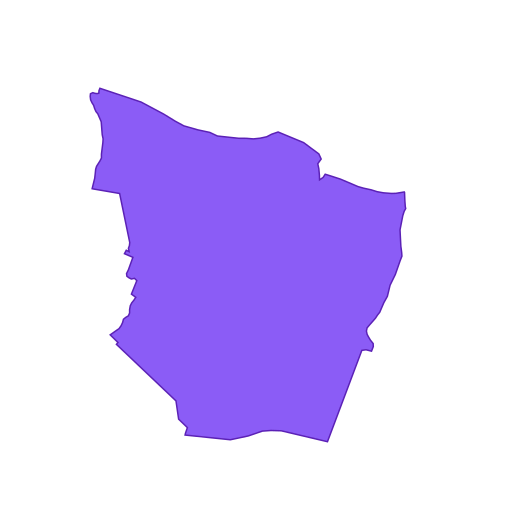 Batu Pahat, Johor, Malaysia (Mercator projection), rotated 168°
{"feature_id": "92858781B37388362285714", "entity_name": "Batu Pahat", "entity_type": "district", "adm_level": 2, "iso_a3": "MYS", "parent_name": "Malaysia", "parent_adm1": "Johor", "projection": "mercator", "projection_center": [103.04, 1.914], "detail": "fine", "context": "isolated", "style": "filled", "palette": "violet", "viewbox_px": 512, "rotation_deg": 168, "n_neighbors": 0, "source": "geoboundaries", "source_scale": "gbopen_adm2", "svg_char_len": 1824}
<svg xmlns="http://www.w3.org/2000/svg" viewBox="0 0 512 512"><g transform="rotate(168 256 256)"><path d="M224.7,59.5L172.1,141.7L167.9,141.4L162.8,138.9L160.1,143.0L159.6,146.0L161.6,150.0L162.8,153.5L163.6,156.3L163.6,159.6L162.3,162.6L159.1,165.1L155.3,167.9L152.0,170.4L149.5,172.9L146.7,175.2L140.7,183.7L135.9,189.2L130.9,199.6L123.6,208.9L116.0,221.4L113.3,225.5L112.8,229.0L112.5,232.5L112.3,235.3L109.7,251.6L104.0,265.0L101.7,269.0L99.7,271.3L99.7,273.3L98.9,279.1L97.4,287.8L97.0,287.8L106.0,288.2L110.4,289.0L118.2,291.3L124.1,293.7L129.6,296.8L136.7,300.0L141.8,302.7L146.9,306.3L157.5,313.7L165.8,318.5L171.3,321.6L174.0,318.9L178.0,317.3L177.2,321.6L176.4,328.3L176.4,333.4L172.1,337.3L173.3,342.8L179.6,349.9L185.8,357.0L208.6,372.7L215.3,371.9L220.8,370.4L227.5,370.4L234.2,371.1L240.9,373.1L248.3,374.7L256.6,377.4L268.8,381.4L275.5,386.5L286.9,391.6L299.5,398.3L306.9,404.6L316.8,414.0L336.4,430.5L373.8,452.5L375.2,450.4L375.9,447.9L377.7,447.9L379.7,448.6L381.7,449.7L384.2,449.1L385.0,446.6L385.3,443.1L384.5,439.8L383.5,437.1L383.2,433.8L382.5,430.5L381.2,428.0L379.5,419.5L381.2,406.6L381.2,402.4L382.2,398.8L386.0,387.8L386.8,384.0L388.8,381.5L393.3,376.9L394.8,374.2L396.1,370.1L397.6,365.6L402.3,355.9L401.2,355.4L376.4,345.5L376.7,295.4L377.7,292.4L379.2,290.1L379.2,286.6L381.7,288.6L384.2,285.6L376.7,280.3L383.7,269.0L386.3,265.7L386.5,263.0L384.7,261.0L382.7,259.4L379.5,259.4L377.7,256.7L385.8,244.6L382.2,240.6L384.7,238.1L387.3,236.0L389.3,233.5L390.8,229.8L391.5,226.5L393.3,224.0L396.3,223.0L398.8,221.7L400.3,218.7L402.4,215.9L405.1,213.4L407.1,212.6L415.0,209.2L409.0,200.1L410.9,198.6L364.4,130.9L365.6,112.5L358.8,102.4L360.3,99.9L361.9,97.2L362.6,95.6L319.3,81.6L300.9,81.6L286.2,83.4L277.6,82.2L267.7,79.8L224.7,59.5Z" fill="#8b5cf6" stroke="#5b21b6" stroke-width="1.5"/></g></svg>